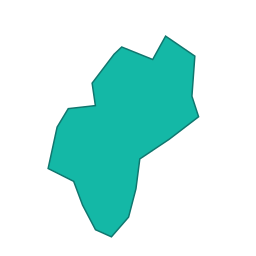 Incukalna, Mercator projection, rotated 131°
{"feature_id": "LVA-5762", "entity_name": "Incukalna", "entity_type": "Municipality", "adm_level": 1, "iso_a3": "LVA", "parent_name": "Latvia", "parent_adm1": "", "projection": "mercator", "projection_center": [24.652, 57.103], "detail": "fine", "context": "isolated", "style": "filled", "palette": "teal", "viewbox_px": 256, "rotation_deg": 131, "n_neighbors": 0, "source": "natural_earth", "source_scale": "10m", "svg_char_len": 409}
<svg xmlns="http://www.w3.org/2000/svg" viewBox="0 0 256 256"><g transform="rotate(131 128 128)"><path d="M117.7,184.5L81.5,186.9L71.0,185.9L60.1,154.3L34.0,159.9L29.9,124.7L62.1,100.6L73.2,82.1L109.4,89.5L143.6,98.8L168.7,82.1L194.9,69.1L221.0,69.1L226.1,85.8L216.0,111.7L203.9,134.0L211.0,161.7L173.8,182.1L152.6,185.8L132.5,167.3L117.7,184.5Z" fill="#14b8a6" stroke="#0f766e" stroke-width="1.5"/></g></svg>